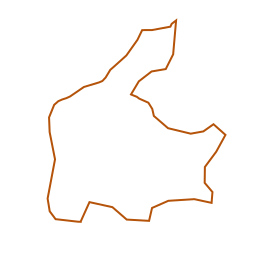 the District of Camenca, rotated 258°
{"feature_id": "MDA-1652", "entity_name": "Camenca", "entity_type": "District", "adm_level": 1, "iso_a3": "MDA", "parent_name": "Moldova", "parent_adm1": "", "projection": "mercator", "projection_center": [28.71, 47.999], "detail": "fine", "context": "isolated", "style": "outline", "palette": "amber", "viewbox_px": 256, "rotation_deg": 258, "n_neighbors": 0, "source": "natural_earth", "source_scale": "10m", "svg_char_len": 825}
<svg xmlns="http://www.w3.org/2000/svg" viewBox="0 0 256 256"><g transform="rotate(258 128 128)"><path d="M62.8,34.1L75.7,34.7L112.5,50.1L140.3,50.5L154.8,53.0L166.0,60.6L168.7,65.4L169.6,69.7L170.0,73.8L170.9,77.9L177.3,93.4L178.6,109.1L179.3,112.7L182.0,116.6L188.6,122.8L191.1,127.3L199.3,141.5L212.3,155.6L220.8,162.2L218.8,172.0L218.3,190.5L220.8,192.4L223.2,197.4L190.7,187.5L182.7,181.1L177.8,177.2L178.4,162.8L171.4,148.3L160.3,138.0L160.2,137.9L160.1,138.0L156.7,143.1L154.4,145.1L148.5,153.2L141.6,155.7L134.4,155.8L119.5,167.1L109.4,188.2L109.0,201.0L113.9,212.4L101.0,221.9L86.5,209.4L73.9,195.1L58.4,191.6L47.8,197.3L37.4,194.2L44.6,178.1L48.4,152.3L44.8,134.9L32.8,129.3L38.7,107.7L53.8,96.3L63.5,74.9L46.5,62.4L46.1,62.3L46.6,60.0L53.9,38.2L62.8,34.1Z" fill="none" stroke="#b45309" stroke-width="2"/></g></svg>